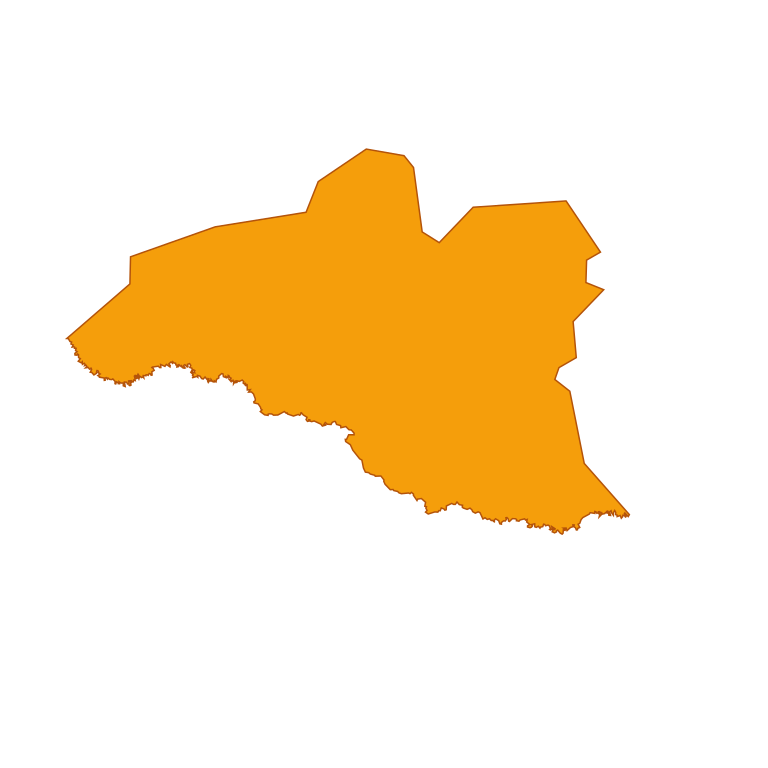 the district of Pochalla, Jonglei, South Sudan, rotated 150°
{"feature_id": "79223893B22691287422318", "entity_name": "Pochalla", "entity_type": "district", "adm_level": 2, "iso_a3": "SSD", "parent_name": "South Sudan", "parent_adm1": "Jonglei", "projection": "natural_earth1", "projection_center": [34.083, 7.206], "detail": "fine", "context": "isolated", "style": "filled", "palette": "amber", "viewbox_px": 768, "rotation_deg": 150, "n_neighbors": 0, "source": "geoboundaries", "source_scale": "gbopen_adm2", "svg_char_len": 6171}
<svg xmlns="http://www.w3.org/2000/svg" viewBox="0 0 768 768"><g transform="rotate(150 384 384)"><path d="M636.0,582.0L634.7,581.1L634.7,577.8L633.6,576.5L635.1,575.2L633.6,573.2L635.6,571.9L634.0,571.3L633.5,570.5L634.2,569.7L632.8,568.8L634.4,567.2L633.6,565.4L636.4,565.1L637.1,563.6L635.5,562.5L634.4,563.2L633.9,562.2L635.3,559.6L634.3,557.8L637.4,556.6L635.6,553.7L634.2,554.1L635.3,551.8L633.2,551.8L633.1,550.2L634.1,549.6L632.6,549.1L632.6,547.6L634.3,547.2L631.9,546.2L631.6,544.1L630.4,543.7L629.5,544.7L630.0,542.7L632.5,541.1L631.3,540.1L630.7,536.9L627.9,537.0L625.9,539.2L625.1,538.6L625.2,537.0L626.0,536.8L624.8,534.6L627.6,534.4L626.6,532.5L627.0,532.1L623.3,529.1L624.4,527.0L623.5,526.7L622.7,528.6L621.4,528.5L621.1,526.4L620.3,526.8L620.3,527.9L619.3,525.2L617.5,523.9L616.3,524.0L615.6,520.6L616.8,518.8L616.3,518.2L614.5,519.6L613.6,518.1L614.0,517.2L613.0,516.5L612.3,518.4L611.4,516.4L609.3,515.2L610.7,512.8L609.4,511.2L607.8,515.5L605.9,514.2L606.2,512.3L604.7,512.0L605.4,510.4L604.9,509.6L603.7,509.5L602.9,511.5L601.7,511.8L601.9,512.7L604.0,513.5L603.6,514.4L600.9,513.1L600.9,511.6L600.1,511.2L598.6,512.6L597.7,511.4L596.7,514.0L595.6,512.4L594.5,512.4L594.5,513.6L596.0,515.7L595.2,515.9L593.6,514.4L592.1,515.5L591.9,513.5L593.4,513.1L593.7,511.0L592.2,512.4L591.1,512.2L591.0,510.9L589.3,510.6L589.0,509.5L588.3,511.7L586.0,510.2L585.6,510.9L584.5,510.5L583.9,509.4L582.1,510.5L581.2,509.6L581.3,508.0L580.4,507.7L578.9,510.7L576.2,510.7L576.1,513.1L576.8,514.3L576.2,514.5L570.6,512.3L570.0,510.3L569.0,509.8L567.7,512.6L564.9,508.8L562.7,509.8L560.8,505.8L559.9,506.9L560.3,509.0L557.4,509.6L556.8,507.8L555.8,508.8L555.4,507.2L554.1,506.2L554.7,504.6L553.8,503.7L554.9,502.3L553.5,501.8L552.8,502.1L553.0,503.4L551.9,503.4L550.9,500.4L550.2,500.9L550.1,498.5L549.0,497.5L548.2,497.3L548.5,499.9L547.9,500.3L546.8,500.3L545.9,497.1L545.1,497.0L544.4,499.3L542.2,498.9L542.0,496.8L543.9,495.4L542.5,493.8L543.2,491.2L541.9,491.5L541.1,490.2L542.4,489.4L542.3,488.4L543.7,489.4L544.1,491.5L545.5,490.7L544.5,487.7L545.5,487.3L545.2,485.5L547.1,485.3L542.4,484.2L541.9,483.0L541.2,484.7L539.4,482.8L539.2,479.9L538.1,478.7L535.5,479.5L534.9,475.8L533.7,476.7L533.1,476.0L535.3,474.5L535.4,473.2L533.3,474.1L532.5,473.1L531.5,474.5L531.2,471.7L530.2,470.7L529.4,471.7L528.5,469.8L526.6,471.8L524.1,471.8L523.1,473.5L519.3,474.2L518.4,473.2L519.4,470.7L517.6,468.5L517.2,469.6L515.9,467.5L514.6,469.3L514.1,468.3L514.4,467.1L513.5,465.5L514.5,464.9L515.8,465.5L515.2,462.5L514.3,463.1L513.8,462.3L512.9,462.7L512.9,461.4L514.1,459.5L511.5,460.9L510.5,460.7L510.6,459.8L511.6,459.3L510.5,458.9L509.4,460.0L508.1,458.6L504.8,458.3L504.3,456.2L505.5,455.3L505.2,454.4L503.7,453.9L503.7,453.0L504.8,452.8L504.4,451.6L503.0,451.6L505.4,447.2L502.6,446.0L505.3,444.7L502.8,443.4L502.0,440.7L502.9,435.4L503.9,433.9L505.7,433.7L506.0,432.6L502.9,429.7L502.6,425.7L503.1,424.0L502.6,422.6L504.9,422.0L502.8,417.0L500.1,414.8L499.3,415.8L498.2,415.5L496.2,414.2L495.2,412.2L491.4,410.2L484.1,410.0L483.3,407.6L482.4,407.5L482.5,406.2L478.4,401.5L473.5,400.5L472.8,399.2L471.6,399.2L470.7,400.5L469.9,400.4L469.4,397.6L467.3,393.7L469.3,392.1L469.0,389.9L467.7,389.5L467.0,390.7L466.1,390.1L466.6,388.8L465.5,387.6L463.0,386.9L458.8,380.9L458.4,378.4L454.4,377.4L456.2,379.0L454.1,380.0L453.2,377.5L450.1,375.4L448.0,376.7L445.8,376.4L444.9,375.8L445.3,372.7L442.4,369.7L443.2,367.7L438.3,366.2L437.2,361.9L435.3,360.5L434.5,356.4L435.3,355.0L440.0,357.7L444.2,354.7L445.2,355.4L446.0,353.3L443.5,348.3L444.1,342.2L442.5,331.4L441.2,329.2L443.8,321.5L444.2,317.0L441.6,314.9L440.9,312.9L437.7,309.6L437.7,308.5L432.7,305.9L432.0,301.0L432.9,299.7L433.2,296.6L431.4,289.3L428.9,288.1L428.8,286.8L425.9,284.1L425.5,282.3L423.8,280.3L417.2,277.3L416.3,276.0L414.4,276.4L413.5,274.0L414.2,272.9L413.7,266.6L412.4,267.5L408.9,266.1L407.1,260.8L409.8,257.7L408.6,256.5L409.8,255.6L409.9,253.0L412.1,252.3L410.7,249.3L404.0,247.8L401.4,246.1L399.8,246.9L398.7,246.1L396.4,248.0L394.6,245.9L394.4,244.3L393.0,244.0L390.9,247.2L385.0,246.7L384.0,245.0L382.4,244.1L379.8,245.3L379.1,241.9L376.6,239.7L377.8,238.3L377.4,237.0L374.7,233.9L371.6,233.5L370.8,231.1L371.0,229.1L369.5,226.5L366.4,226.2L365.2,224.6L365.8,217.6L363.4,217.7L362.3,215.1L360.0,214.5L359.4,212.2L357.2,210.9L357.8,210.2L357.3,209.5L356.2,211.1L354.8,211.5L353.0,208.3L353.6,205.0L352.4,203.9L351.6,205.4L348.8,205.7L347.5,204.7L345.8,205.5L345.3,207.2L344.3,206.9L343.9,205.2L344.6,202.9L344.1,202.2L340.1,203.2L337.5,201.5L336.9,200.3L337.7,199.4L335.7,197.7L334.1,198.2L329.6,196.9L329.5,195.4L327.7,195.1L329.4,193.2L328.0,189.5L330.6,189.4L331.2,188.4L329.4,186.5L327.8,186.3L326.2,186.9L326.8,188.6L323.4,187.6L324.8,184.9L323.8,183.7L321.5,183.7L321.0,181.2L320.1,181.8L317.8,181.1L315.9,182.8L315.0,182.0L315.0,180.5L312.5,179.8L311.8,178.8L312.1,175.5L313.3,175.3L312.9,174.4L310.7,174.1L310.0,176.7L308.2,173.1L309.0,172.6L309.9,173.5L312.2,171.9L310.7,169.8L308.6,169.7L307.9,170.7L306.6,170.6L305.9,166.7L304.8,164.9L303.6,165.2L301.6,168.0L300.5,166.7L299.4,167.0L300.6,169.4L298.3,168.2L298.8,165.5L294.2,166.5L291.7,165.9L290.8,167.6L289.7,166.8L290.9,165.4L290.1,163.9L290.4,161.4L289.4,161.0L288.5,162.1L286.2,161.9L286.0,165.5L284.1,165.5L281.1,168.0L278.6,168.9L271.2,168.7L269.8,169.5L266.1,166.5L265.2,168.2L264.4,167.5L264.3,165.6L263.1,165.4L262.2,166.2L261.0,165.6L260.9,164.9L262.8,164.2L262.5,163.0L264.1,161.3L260.6,162.3L260.8,163.5L259.8,163.7L259.9,162.1L257.6,161.4L256.6,161.9L255.0,160.5L254.9,162.3L253.8,162.1L253.6,160.7L254.9,157.9L253.5,156.9L252.6,160.5L250.7,160.7L251.3,158.6L251.0,155.6L249.6,157.8L247.5,159.1L247.5,157.0L248.7,155.1L247.7,153.9L248.4,152.6L245.2,152.0L245.6,149.1L243.6,149.8L242.8,150.9L241.6,149.9L241.4,148.1L240.7,148.1L239.9,149.5L240.8,151.4L239.9,151.9L238.8,147.1L236.8,148.2L250.3,215.1L226.7,284.8L233.8,302.5L224.3,310.7L204.3,310.7L189.0,343.5L146.6,355.8L158.4,370.9L146.6,390.0L130.6,390.0L134.8,451.5L218.4,492.5L265.5,478.8L274.9,496.6L250.2,556.7L252.5,571.7L281.9,596.3L339.7,592.2L365.6,571.7L451.6,604.5L539.9,620.9L554.0,597.7L636.0,582.0Z" fill="#f59e0b" stroke="#b45309" stroke-width="1.5"/></g></svg>